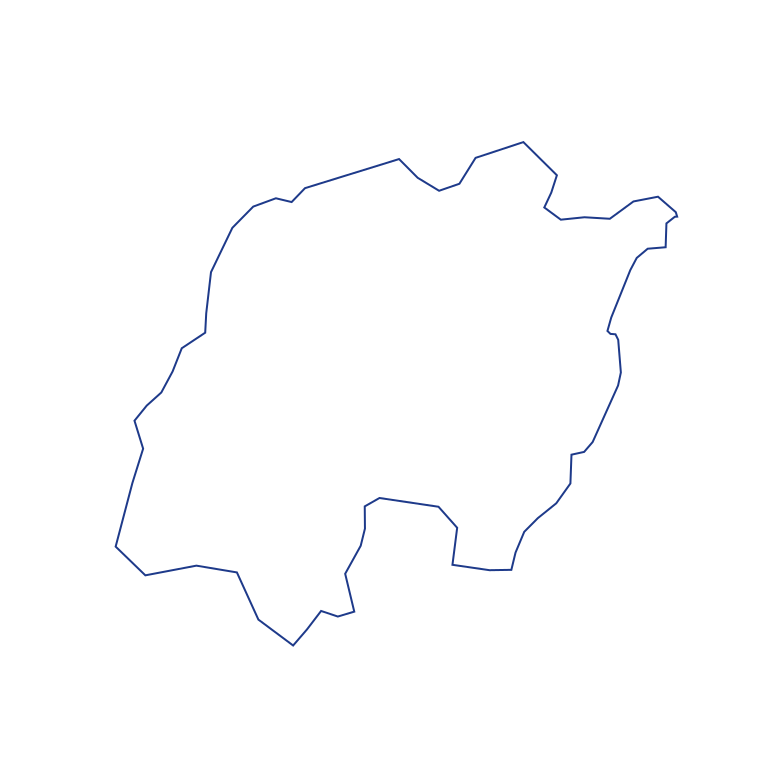 SVG path tracing the border of Leova, rotated 202°
{"feature_id": "MDA-1641", "entity_name": "Leova", "entity_type": "District", "adm_level": 1, "iso_a3": "MDA", "parent_name": "Moldova", "parent_adm1": "", "projection": "orthographic", "projection_center": [28.371, 46.556], "detail": "fine", "context": "isolated", "style": "outline", "palette": "blue", "viewbox_px": 768, "rotation_deg": 202, "n_neighbors": 0, "source": "natural_earth", "source_scale": "10m", "svg_char_len": 1042}
<svg xmlns="http://www.w3.org/2000/svg" viewBox="0 0 768 768"><g transform="rotate(202 384 384)"><path d="M188.0,516.8L183.4,512.7L168.7,483.4L166.4,470.3L168.8,408.4L173.0,396.0L183.7,388.7L173.9,361.6L179.6,337.9L191.1,317.3L198.6,299.5L198.9,277.0L196.3,259.4L216.4,250.9L252.8,242.0L262.3,278.1L287.5,290.6L345.5,276.6L356.0,263.3L347.5,242.8L345.0,225.3L348.9,193.5L326.3,161.8L339.7,151.1L357.3,150.0L363.5,127.5L370.3,107.5L412.2,118.5L449.8,154.2L489.9,145.3L533.6,117.2L571.9,132.7L580.2,198.0L583.1,233.8L601.6,256.5L595.9,275.1L587.3,292.7L584.7,316.4L584.9,341.4L569.0,364.6L575.3,382.9L586.3,422.9L583.1,472.0L571.7,499.5L553.8,515.7L537.8,518.1L530.6,536.0L454.3,598.2L430.0,587.8L405.3,583.8L389.1,597.9L383.8,628.0L345.4,660.5L301.9,642.3L300.6,624.1L301.5,607.7L281.6,602.6L260.6,613.7L236.5,621.8L221.1,646.7L200.1,660.3L177.8,652.6L174.9,649.0L177.0,648.0L182.3,638.7L174.1,616.3L190.2,608.2L196.9,595.6L198.3,581.9L198.2,530.7L196.7,516.9L192.8,515.3L188.0,516.8Z" fill="none" stroke="#1e3a8a" stroke-width="2"/></g></svg>